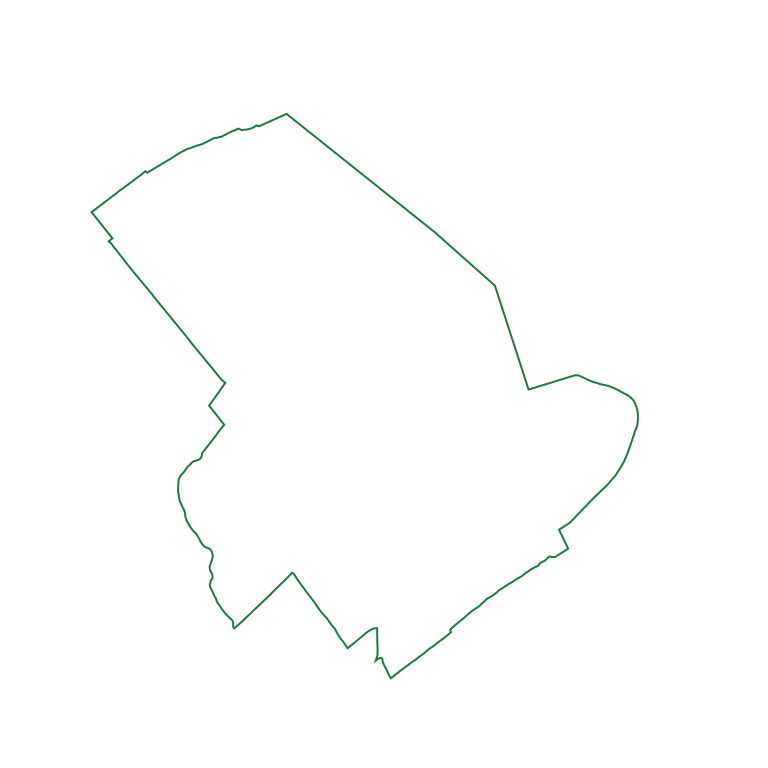 Slatioara, Olt, Romania, rotated 345°
{"feature_id": "2599482B63215832934331", "entity_name": "Slatioara", "entity_type": "district", "adm_level": 2, "iso_a3": "ROU", "parent_name": "Romania", "parent_adm1": "Olt", "projection": "mercator", "projection_center": [24.319, 44.407], "detail": "fine", "context": "isolated", "style": "outline", "palette": "green", "viewbox_px": 768, "rotation_deg": 345, "n_neighbors": 0, "source": "geoboundaries", "source_scale": "gbopen_adm2", "svg_char_len": 5417}
<svg xmlns="http://www.w3.org/2000/svg" viewBox="0 0 768 768"><g transform="rotate(345 384 384)"><path d="M621.0,464.9L619.9,462.8L617.9,459.6L614.5,456.1L610.9,452.8L607.3,449.3L602.9,445.7L599.6,443.6L593.1,440.2L584.3,434.6L574.3,426.1L573.3,425.8L571.2,425.0L570.2,425.1L568.3,425.1L566.8,425.2L565.3,425.2L522.2,426.8L521.0,403.4L516.6,317.7L472.2,250.4L392.7,142.5L359.8,97.9L341.7,100.8L330.0,102.7L327.6,101.3L323.9,102.5L322.3,102.7L319.5,102.7L316.7,102.6L314.0,102.2L312.1,101.8L309.9,99.8L308.9,99.8L308.6,99.6L308.0,99.8L307.2,100.0L306.6,100.1L306.0,100.2L305.0,100.3L304.3,100.4L303.1,100.6L301.0,100.8L296.5,101.9L291.2,103.0L289.4,103.1L289.2,102.8L288.6,102.9L286.0,102.9L284.5,102.5L282.1,102.7L275.4,104.3L269.4,105.3L264.1,105.4L258.2,106.0L254.4,106.1L246.1,108.0L236.8,111.0L223.2,114.8L211.0,118.3L209.8,118.6L208.6,116.7L203.5,119.0L190.8,124.1L178.8,128.8L170.2,132.4L161.4,136.0L146.0,142.3L159.4,173.0L155.0,174.9L157.2,178.2L157.8,180.2L159.5,184.1L160.7,186.8L163.2,192.7L169.0,206.4L174.8,219.1L181.4,233.4L188.4,249.4L193.9,261.4L198.0,270.6L201.3,277.9L204.1,284.0L208.9,295.3L212.5,303.3L217.4,314.0L222.0,324.1L228.0,337.5L231.0,341.8L230.3,342.3L222.7,348.8L213.3,356.5L209.5,359.6L209.6,359.8L219.1,382.1L213.4,386.1L210.9,388.1L206.3,391.8L202.3,394.9L196.8,399.0L190.4,403.7L190.0,404.6L189.7,405.5L188.7,407.2L188.3,407.7L187.4,408.4L186.2,409.0L185.0,409.2L183.7,409.4L181.9,409.4L180.3,409.4L179.6,409.5L178.9,409.7L178.0,410.2L177.2,410.8L176.1,411.4L174.9,412.1L173.8,412.5L172.7,413.3L171.4,414.3L170.6,414.9L169.9,415.6L168.6,416.8L167.0,417.9L164.9,419.1L163.6,420.1L162.6,421.1L161.9,422.1L161.2,422.9L160.5,424.1L160.3,425.2L159.4,427.4L158.6,429.9L157.9,432.4L157.4,434.3L157.0,437.8L156.7,441.2L156.5,442.8L156.5,445.0L157.0,446.5L157.2,449.8L157.6,451.6L158.3,454.2L158.4,456.4L158.2,458.6L157.8,460.2L157.8,461.9L157.9,464.2L158.4,466.7L159.2,469.4L160.0,472.3L161.1,475.2L162.3,477.6L163.3,479.3L164.0,480.4L164.6,482.7L165.4,485.3L165.7,486.6L165.8,487.8L166.3,489.7L167.3,492.2L168.0,493.9L169.2,495.2L170.4,496.3L172.0,497.1L172.7,497.9L173.4,498.8L173.9,500.2L174.4,502.0L174.3,503.4L174.2,504.9L174.0,506.1L173.4,507.5L172.6,508.9L171.5,510.5L170.8,511.4L169.5,513.6L168.5,514.7L168.2,515.8L167.9,517.2L167.8,518.7L167.9,520.0L168.5,521.5L168.8,522.8L168.8,524.0L168.6,525.5L168.2,526.8L167.4,527.9L166.1,528.7L165.0,530.8L163.7,532.8L163.6,534.9L163.9,537.0L164.2,538.2L164.3,539.5L164.7,541.0L164.9,542.3L165.1,543.1L165.2,544.1L165.3,544.9L165.4,545.7L165.9,547.0L166.2,547.8L166.2,549.7L166.4,551.5L167.0,553.4L168.0,555.5L168.5,557.2L168.9,558.9L170.2,561.8L171.4,564.9L173.4,568.2L175.4,571.6L176.4,573.2L176.4,573.5L176.5,574.2L176.5,574.5L176.4,575.3L176.1,577.1L175.5,579.6L175.8,580.4L176.0,581.3L176.7,581.0L177.3,580.8L181.0,578.9L184.6,577.1L195.0,571.4L201.9,567.6L216.0,560.0L224.3,555.2L233.3,550.1L241.1,545.8L246.3,542.5L247.5,543.4L248.0,544.9L248.5,546.4L248.8,547.3L249.0,548.3L249.6,549.9L250.0,551.3L250.5,552.5L251.1,554.0L251.8,555.8L253.8,560.9L255.3,564.7L257.1,569.0L260.3,576.9L262.2,582.3L263.4,585.8L266.4,592.3L268.0,595.2L270.3,601.6L272.0,605.4L273.4,608.2L273.5,609.2L274.1,612.1L275.8,617.7L278.2,623.3L279.1,626.0L279.9,628.4L280.5,629.9L281.1,629.5L285.1,627.8L291.0,625.1L296.3,622.7L301.5,620.1L306.2,618.3L307.0,618.2L309.2,617.7L310.9,617.4L312.1,617.7L312.7,617.8L313.1,617.9L314.1,618.1L312.1,626.1L310.2,633.9L309.0,639.2L308.2,641.9L307.5,644.3L307.2,644.9L306.6,645.8L306.1,646.6L305.1,648.0L304.3,649.1L306.3,648.3L308.0,647.7L309.8,647.7L310.4,647.9L310.9,648.3L311.1,649.1L311.2,649.9L310.9,651.3L310.9,652.7L311.1,654.2L311.3,655.3L311.7,657.2L312.4,659.9L312.6,661.1L313.4,666.0L314.0,668.2L314.6,670.1L316.3,669.3L318.4,668.3L320.5,667.3L321.6,667.0L322.8,666.5L324.3,665.8L326.1,665.1L327.6,664.5L328.7,664.0L340.8,659.2L342.4,658.8L343.7,658.3L345.3,657.5L347.0,656.8L348.9,656.1L351.0,655.3L352.4,654.8L354.0,654.0L356.2,653.0L357.1,652.5L358.0,652.1L358.8,651.8L360.0,651.2L361.5,650.7L362.7,650.4L364.2,649.8L365.9,649.1L366.9,648.7L367.8,648.2L368.9,647.8L369.9,647.4L371.0,646.9L372.0,646.5L373.1,646.1L374.9,645.4L376.7,644.7L378.3,644.0L379.8,643.3L380.4,643.1L381.5,642.5L384.4,641.2L384.4,639.5L384.3,638.5L385.4,637.9L387.0,637.0L388.7,636.1L390.5,635.2L392.2,634.5L394.4,633.5L397.7,632.0L399.5,631.2L400.6,630.7L402.4,629.7L404.3,628.8L409.8,626.3L411.3,625.7L413.4,624.9L415.7,624.1L417.4,623.6L419.0,623.0L421.0,621.7L422.9,620.8L424.5,620.0L426.5,618.9L427.5,618.3L429.3,617.7L432.2,617.1L434.6,616.2L436.5,615.6L437.8,615.0L439.2,614.5L440.0,614.0L440.9,613.4L442.3,612.9L443.5,612.4L445.1,612.1L446.9,611.3L448.6,610.8L450.0,610.3L451.7,609.8L453.5,609.3L456.4,608.5L459.8,607.4L461.1,607.0L463.1,606.4L464.8,606.0L466.4,605.5L467.8,605.1L469.0,604.5L470.2,604.0L471.4,603.5L472.6,602.9L474.4,602.4L476.9,601.5L479.7,600.7L482.0,600.1L483.1,600.0L486.3,599.2L487.2,598.1L488.5,597.4L491.1,596.8L493.7,596.3L499.1,593.3L500.2,594.1L503.8,595.3L504.2,595.5L507.3,594.5L513.3,592.6L519.3,590.7L515.9,572.9L515.4,570.0L527.6,566.1L544.0,556.2L553.1,550.7L560.1,546.6L566.9,542.9L572.4,540.0L577.5,536.6L579.0,535.6L584.2,532.0L589.5,527.2L595.4,521.4L599.7,516.1L604.4,509.5L608.9,502.7L612.7,497.0L614.1,494.6L615.9,492.5L617.7,489.8L619.1,486.7L620.3,482.9L621.3,479.5L621.6,477.4L622.0,474.6L621.9,471.2L621.4,468.0L621.0,464.9Z" fill="none" stroke="#15803d" stroke-width="2"/></g></svg>